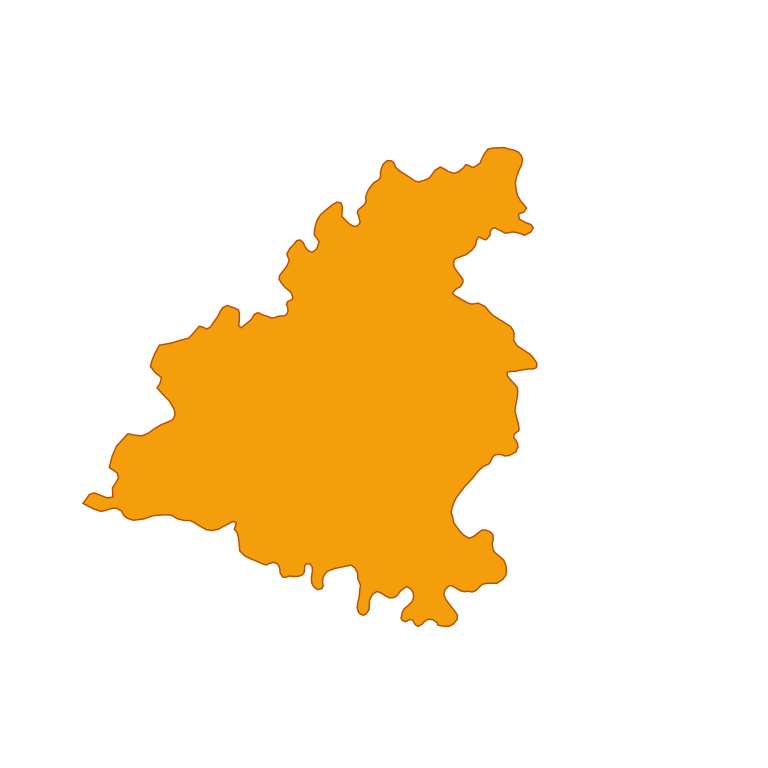 the district of Chervyen, Minsk, Belarus, rotated 124°
{"feature_id": "67162791B52884935059856", "entity_name": "Chervyen", "entity_type": "district", "adm_level": 2, "iso_a3": "BLR", "parent_name": "Belarus", "parent_adm1": "Minsk", "projection": "mercator", "projection_center": [28.408, 53.766], "detail": "fine", "context": "isolated", "style": "filled", "palette": "amber", "viewbox_px": 768, "rotation_deg": 124, "n_neighbors": 0, "source": "geoboundaries", "source_scale": "gbopen_adm2", "svg_char_len": 5643}
<svg xmlns="http://www.w3.org/2000/svg" viewBox="0 0 768 768"><g transform="rotate(124 384 384)"><path d="M651.4,566.8L650.8,561.9L649.8,554.2L647.8,547.2L644.8,544.5L638.8,539.5L636.6,536.3L636.1,530.5L638.6,526.1L638.8,521.3L637.1,515.6L630.1,507.6L622.1,501.6L615.2,492.9L611.7,487.2L611.2,479.7L608.7,473.0L605.7,468.5L604.9,464.0L604.9,459.3L604.2,450.1L601.7,444.6L596.5,439.8L592.0,437.6L587.7,435.1L582.3,432.4L581.5,428.9L585.5,427.6L588.2,426.9L589.2,422.9L592.7,418.9L596.0,415.9L602.9,410.4L604.4,403.5L603.4,396.2L602.2,391.0L601.2,385.3L600.0,380.5L597.0,378.8L593.5,375.8L592.7,371.6L594.5,368.1L599.0,364.1L600.7,360.1L599.2,357.4L596.5,355.4L594.0,351.1L590.7,346.9L587.7,344.9L584.8,344.9L582.0,346.2L579.5,347.9L576.8,348.2L574.5,344.7L575.8,341.2L578.8,338.9L582.0,337.4L585.5,335.7L589.5,332.5L591.5,328.5L591.5,324.0L588.5,321.2L585.3,321.5L582.3,324.5L578.8,326.2L574.0,326.7L570.8,326.2L564.3,321.5L558.1,315.5L552.6,310.0L552.6,305.5L555.6,300.1L560.1,296.8L564.1,290.8L568.1,289.1L574.5,285.4L579.8,283.6L584.5,281.1L587.2,277.9L588.0,275.1L587.2,271.7L584.3,270.2L579.5,270.2L575.0,272.9L571.6,274.9L568.3,275.6L564.6,275.9L559.8,273.7L558.8,268.9L558.8,263.7L558.1,259.7L556.1,257.0L553.1,255.0L545.9,254.5L539.4,252.2L538.9,248.2L540.4,243.3L544.9,239.8L549.1,239.0L554.9,240.3L558.6,241.5L562.6,241.3L568.8,238.8L569.8,236.3L568.8,233.0L564.8,231.0L563.6,228.3L566.1,223.3L565.8,220.1L561.8,218.1L558.6,217.8L554.4,215.8L552.1,211.9L552.1,206.4L553.8,204.9L553.1,202.7L551.0,198.3L548.1,194.3L543.7,192.2L538.4,191.7L534.7,193.7L533.0,197.5L531.4,202.6L529.8,207.4L528.0,212.3L525.0,216.8L520.4,218.4L515.3,217.4L513.2,214.9L512.9,209.1L512.7,205.3L511.3,201.3L509.1,198.8L507.0,194.5L504.1,192.5L498.7,191.3L495.2,190.6L491.7,187.3L489.0,183.3L486.1,179.0L479.7,176.3L474.0,176.1L470.5,177.9L466.2,181.5L463.9,184.9L463.1,186.0L462.2,193.2L461.7,197.6L460.4,200.8L456.0,205.0L452.0,206.3L448.1,209.3L447.2,213.3L448.1,217.7L450.2,221.1L455.6,223.0L459.3,224.0L464.4,227.1L464.7,233.8L463.8,238.2L461.9,243.4L460.1,248.5L455.8,252.8L452.8,256.6L448.9,258.2L443.5,259.7L438.2,260.5L431.7,260.2L424.2,259.8L414.0,258.1L404.8,257.4L400.5,256.6L396.3,255.4L392.0,252.5L389.3,252.2L386.3,252.7L383.7,253.1L380.7,252.3L378.0,249.3L376.9,247.1L376.1,243.6L373.2,240.2L366.7,236.7L361.4,237.7L358.5,240.2L357.1,242.8L355.6,246.8L352.9,248.0L350.1,247.2L347.7,246.1L345.8,246.8L343.2,249.2L341.6,250.6L339.4,253.5L335.6,257.6L333.3,260.3L329.7,262.2L324.1,264.6L320.6,266.1L315.8,268.6L312.4,271.5L311.2,275.1L310.2,279.5L309.2,283.3L307.8,286.9L305.4,288.5L302.7,286.0L301.4,284.1L299.2,281.4L295.5,277.9L292.8,274.8L290.3,272.1L287.9,268.4L285.2,266.9L283.1,267.7L281.2,269.1L278.5,275.8L277.7,279.5L277.8,289.3L278.0,294.4L275.3,301.0L272.7,302.4L269.5,304.3L267.5,306.7L265.7,310.9L265.7,315.5L266.0,325.4L266.2,332.1L264.9,338.1L263.2,343.6L264.3,351.1L268.6,355.8L270.0,359.7L270.5,366.4L271.0,374.3L270.7,377.5L267.8,378.0L264.0,377.0L260.8,375.1L255.5,375.4L253.3,377.0L251.8,380.6L249.8,386.5L247.9,391.1L245.5,393.5L242.3,395.1L239.6,394.6L235.3,391.4L233.3,390.1L230.6,388.2L223.1,385.8L220.4,385.7L217.6,385.7L215.8,386.5L213.1,387.7L209.9,387.9L208.9,387.2L208.5,384.2L208.0,381.0L207.0,379.9L201.4,379.3L198.1,381.2L194.7,381.3L192.5,379.4L192.2,376.6L191.6,372.4L191.2,368.0L188.4,364.6L186.1,362.5L184.5,359.3L182.9,354.9L182.2,350.7L176.1,347.4L171.0,347.5L169.6,351.4L171.0,356.6L171.6,364.1L167.8,367.5L165.2,365.7L163.3,364.3L158.7,364.1L158.4,364.1L156.0,372.6L153.0,379.0L148.3,383.7L143.7,387.7L137.5,390.1L131.6,391.6L125.2,392.5L119.8,395.2L117.7,398.4L116.6,402.2L116.9,403.9L117.4,406.9L119.2,411.3L120.8,416.6L124.7,421.9L127.0,425.0L131.1,429.2L136.2,429.5L142.0,429.0L147.1,427.9L152.3,429.8L155.0,431.7L155.4,436.2L156.5,438.8L161.1,439.2L165.9,440.8L168.8,442.6L170.4,444.3L171.8,449.1L171.9,453.7L172.6,458.7L178.2,461.2L183.6,461.4L188.1,461.7L192.0,464.1L194.4,465.9L197.1,468.3L198.4,472.1L198.3,478.3L198.6,489.3L197.9,495.7L195.4,498.9L194.7,502.4L197.0,506.2L202.1,507.6L206.4,506.8L211.0,505.1L213.1,503.2L216.6,502.4L219.3,503.3L223.0,505.1L229.7,505.6L233.0,505.4L239.4,503.8L242.0,501.3L245.6,500.5L248.5,501.1L252.0,502.2L255.3,502.7L257.1,501.7L258.9,499.0L263.5,494.1L267.6,494.4L270.0,496.6L270.7,501.4L269.9,507.2L268.6,512.7L262.5,516.4L260.6,517.4L257.9,521.0L259.5,524.7L264.1,526.9L270.2,528.9L274.6,530.1L279.3,531.2L284.0,531.2L286.8,530.8L290.6,529.6L295.2,527.7L299.5,525.0L300.8,521.0L302.5,517.2L310.0,515.3L315.3,517.5L315.8,521.7L314.5,526.1L312.0,529.8L311.5,534.1L314.0,536.5L319.4,537.0L324.4,537.9L330.5,537.3L332.4,534.8L334.6,531.6L339.9,530.6L342.6,530.6L346.2,530.8L350.9,531.2L352.8,531.1L355.8,529.6L357.6,525.7L359.2,520.1L360.1,512.1L363.6,507.6L365.5,507.6L369.4,509.9L372.6,509.4L373.3,507.8L377.2,504.3L381.2,503.7L383.7,505.4L386.6,509.2L390.4,512.1L392.6,514.3L392.8,517.4L394.6,523.3L395.2,528.4L398.7,530.4L404.6,530.1L410.5,531.7L417.2,533.8L416.9,537.0L411.5,539.9L406.2,543.5L404.0,546.1L404.9,551.5L406.5,557.9L410.7,560.3L415.6,560.4L420.7,559.6L429.3,559.8L433.8,559.8L437.6,561.7L438.1,566.0L439.5,569.5L444.5,570.0L450.8,570.8L455.3,571.6L461.5,577.2L469.0,583.2L477.4,591.9L487.1,591.0L494.1,589.5L500.1,587.5L502.6,579.5L503.1,572.0L509.1,570.0L514.1,570.0L516.1,562.0L518.1,552.6L522.1,544.1L526.1,540.1L531.6,539.1L537.5,542.6L542.5,546.1L549.0,549.1L557.0,552.1L562.5,556.0L565.5,561.5L568.5,568.5L585.0,571.0L596.0,569.0L606.9,565.0L606.9,555.5L610.4,551.6L615.4,551.1L621.9,551.1L629.4,545.6L633.4,550.1L634.9,557.5L636.4,563.5L640.4,566.5L645.4,566.5L651.4,566.8Z" fill="#f59e0b" stroke="#b45309" stroke-width="1.5"/></g></svg>